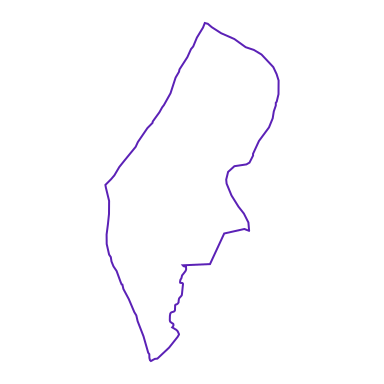 outline of San Antonio Huista, Huehuetenango, Guatemala
{"feature_id": "79465075B52230984514052", "entity_name": "San Antonio Huista", "entity_type": "district", "adm_level": 2, "iso_a3": "GTM", "parent_name": "Guatemala", "parent_adm1": "Huehuetenango", "projection": "robinson", "projection_center": [-91.777, 15.657], "detail": "fine", "context": "isolated", "style": "outline", "palette": "violet", "viewbox_px": 384, "rotation_deg": 0, "n_neighbors": 0, "source": "geoboundaries", "source_scale": "gbopen_adm2", "svg_char_len": 2518}
<svg xmlns="http://www.w3.org/2000/svg" viewBox="0 0 384 384"><path d="M249.5,162.6L253.1,155.5L253.0,153.9L259.0,140.9L269.0,127.4L272.7,118.3L273.8,111.4L275.8,105.5L275.8,102.8L276.7,101.7L278.5,94.2L278.6,80.5L276.6,74.1L273.3,67.1L261.5,54.5L253.8,49.9L245.7,47.2L234.3,39.0L221.1,33.2L211.8,27.2L207.8,23.8L204.8,23.0L203.0,27.6L196.9,37.6L193.2,46.5L191.0,49.1L187.4,57.1L179.5,69.4L179.0,71.8L175.6,77.6L170.5,93.3L163.9,105.1L162.2,107.3L159.4,112.3L152.8,121.4L152.5,122.9L147.4,128.1L137.9,142.0L135.7,146.8L124.5,160.5L119.3,167.0L114.4,175.3L111.0,179.3L105.4,184.9L105.8,187.3L109.1,200.9L109.0,214.0L107.9,224.5L106.6,234.5L106.7,244.0L109.1,254.6L110.8,257.1L111.5,261.5L113.5,266.4L116.6,271.0L120.5,281.7L121.6,284.4L122.4,284.6L123.4,289.0L128.8,299.1L134.3,312.1L136.3,315.4L137.6,321.1L143.5,336.3L148.2,352.7L149.3,354.2L149.4,357.9L150.0,360.2L150.9,361.0L154.8,358.9L157.4,358.6L169.1,347.6L177.6,336.9L179.0,334.5L178.9,333.9L178.3,332.7L177.8,331.5L177.2,330.7L176.4,330.0L175.8,329.5L175.0,329.1L174.4,328.7L173.8,328.3L172.2,327.4L172.8,326.6L173.2,326.0L173.4,325.5L173.5,325.0L173.4,324.4L173.3,324.1L173.2,323.8L172.2,323.2L171.9,323.0L171.3,322.6L170.7,322.1L170.2,321.7L170.0,321.1L169.9,320.8L169.8,320.0L169.9,315.9L170.1,314.7L170.3,313.6L170.6,313.1L170.9,312.7L171.6,312.3L172.1,312.1L173.0,311.9L173.6,311.6L174.2,311.4L174.5,311.1L174.7,310.7L174.9,310.4L175.0,310.0L175.0,308.6L175.1,307.2L175.1,306.2L175.1,305.5L175.3,305.0L175.4,304.8L175.9,304.5L176.2,304.5L176.7,304.3L177.2,304.0L177.5,303.8L178.2,303.0L178.4,302.6L178.6,302.2L178.6,301.8L178.6,301.1L178.8,299.9L178.9,299.1L179.0,298.8L179.2,298.4L179.4,298.0L180.5,296.8L181.3,295.9L181.6,295.5L181.8,295.1L181.9,294.5L182.1,292.8L182.3,290.8L182.5,288.8L183.0,284.2L182.9,283.8L182.9,283.6L182.7,283.3L182.4,283.1L182.1,283.0L181.8,283.0L181.1,282.9L180.5,282.9L180.3,282.7L180.1,282.6L180.1,282.3L180.1,281.8L180.1,281.3L180.3,280.6L180.3,280.2L180.5,279.6L180.7,279.3L180.9,279.0L181.2,278.6L181.4,278.2L181.5,277.7L181.7,277.0L181.9,276.2L182.0,275.6L182.2,275.2L182.5,274.9L182.9,274.4L183.7,273.4L185.4,271.2L185.9,270.1L186.1,269.6L186.1,268.7L186.1,268.2L186.0,267.4L186.0,266.6L185.9,266.5L185.5,266.4L184.9,266.5L184.5,266.3L184.0,266.3L183.3,265.9L182.8,265.3L210.0,264.1L224.2,233.5L244.3,229.0L249.0,230.8L249.1,230.6L248.4,222.5L243.9,213.6L238.5,206.7L231.5,195.5L229.2,189.9L226.6,183.6L226.2,179.6L228.1,171.9L234.4,166.2L246.4,164.4L249.5,162.6Z" fill="none" stroke="#5b21b6" stroke-width="2"/></svg>